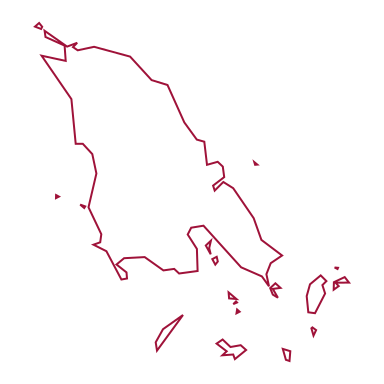 outline of Ko Chang, Trat, Thailand
{"feature_id": "78962969B80719111705399", "entity_name": "Ko Chang", "entity_type": "district", "adm_level": 2, "iso_a3": "THA", "parent_name": "Thailand", "parent_adm1": "Trat", "projection": "mercator", "projection_center": [102.37, 12.028], "detail": "medium", "context": "isolated", "style": "outline", "palette": "rose", "viewbox_px": 384, "rotation_deg": 0, "n_neighbors": 0, "source": "geoboundaries", "source_scale": "gbopen_adm2", "svg_char_len": 1869}
<svg xmlns="http://www.w3.org/2000/svg" viewBox="0 0 384 384"><path d="M44.6,30.8L45.5,37.0L64.6,45.6L65.7,60.9L41.6,55.7L71.4,99.1L75.7,143.8L82.8,143.8L92.3,154.1L96.4,173.5L88.5,207.3L101.3,234.2L100.2,242.3L93.5,244.7L106.4,251.2L121.4,279.5L127.0,278.5L126.5,272.4L116.5,264.5L124.1,258.2L144.7,257.1L163.4,270.4L174.2,268.9L179.1,273.5L197.6,271.0L196.9,248.9L187.7,234.5L191.2,227.7L203.5,225.7L241.1,267.3L261.9,276.4L269.0,286.3L266.4,274.2L270.7,263.2L282.1,255.5L261.4,239.9L253.7,218.2L233.2,188.2L223.3,182.0L214.7,190.6L213.1,185.6L224.2,177.1L222.8,166.6L217.7,161.8L207.0,164.8L204.3,141.7L196.8,139.6L184.3,122.4L167.5,85.0L151.6,80.1L130.1,56.6L94.1,46.8L77.7,50.3L73.0,47.1L77.2,42.8L67.1,46.6L44.6,30.8ZM315.0,313.2L325.1,293.5L322.4,285.1L326.4,281.1L320.7,275.4L310.0,284.3L306.7,296.1L308.3,312.3L315.0,313.2ZM157.0,350.6L183.0,315.0L163.0,329.2L155.7,342.3L157.0,350.6ZM222.6,339.5L216.6,343.6L226.7,351.3L222.4,355.3L233.2,354.5L234.9,359.1L246.1,350.0L240.7,345.2L230.5,347.0L222.6,339.5ZM344.7,277.1L333.9,282.2L333.7,289.7L338.7,286.1L335.5,282.7L349.0,282.6L344.7,277.1ZM289.5,361.0L290.3,351.2L282.8,348.9L285.9,359.8L289.5,361.0ZM280.5,287.9L275.4,283.3L270.2,288.1L272.8,294.6L277.9,297.7L272.8,288.9L280.5,287.9ZM210.9,240.7L205.8,245.5L210.7,254.3L209.2,248.1L210.9,240.7ZM229.1,298.4L236.4,299.0L228.6,292.4L229.1,298.4ZM216.7,256.8L212.3,259.1L215.3,264.6L217.8,261.5L216.7,256.8ZM39.1,23.0L35.0,26.6L41.1,29.0L42.2,26.8L39.1,23.0ZM313.5,335.6L316.1,330.1L312.4,327.4L311.4,328.3L313.5,335.6ZM85.2,206.4L80.2,204.6L84.2,208.0L85.2,206.4ZM56.0,198.1L58.9,196.6L56.1,195.1L56.0,198.1ZM236.5,313.3L239.6,311.7L237.1,309.5L236.5,313.3ZM233.3,304.1L237.0,302.5L236.0,301.4L233.3,304.1ZM334.6,267.5L337.5,269.0L338.0,267.8L334.6,267.5ZM255.1,164.8L257.3,164.6L254.3,162.1L255.1,164.8Z" fill="none" stroke="#9f1239" stroke-width="2"/></svg>